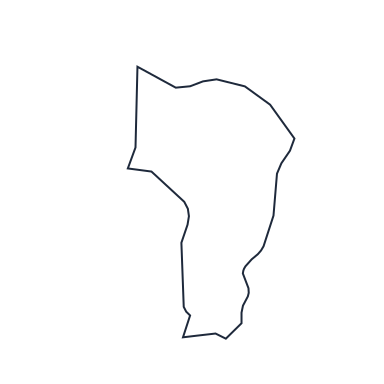 Camden, Albers equal-area conic projection, rotated 40°
{"feature_id": "GBR-2064", "entity_name": "Camden", "entity_type": "London Borough", "adm_level": 1, "iso_a3": "GBR", "parent_name": "United Kingdom", "parent_adm1": "", "projection": "albers", "projection_center": [-0.131, 51.535], "detail": "fine", "context": "isolated", "style": "outline", "palette": "slate", "viewbox_px": 384, "rotation_deg": 40, "n_neighbors": 0, "source": "natural_earth", "source_scale": "10m", "svg_char_len": 662}
<svg xmlns="http://www.w3.org/2000/svg" viewBox="0 0 384 384"><g transform="rotate(40 192 192)"><path d="M236.1,85.2L240.5,97.4L242.0,112.5L245.3,123.3L269.6,157.7L281.7,187.6L282.5,192.5L282.4,197.3L281.0,205.2L280.7,214.6L281.2,217.4L281.9,219.3L283.3,221.7L297.1,229.4L300.3,232.8L301.9,236.1L304.1,246.3L307.5,252.6L314.3,260.7L312.2,282.6L301.0,285.3L288.2,298.8L278.5,309.1L269.9,287.8L264.5,287.4L259.5,285.3L216.5,237.7L209.6,219.9L205.2,212.5L199.6,207.5L192.4,204.5L147.8,202.4L127.7,215.2L120.1,194.2L69.7,131.1L112.5,122.5L122.6,112.2L129.3,100.2L138.4,89.9L164.6,77.1L195.7,74.9L236.1,85.2Z" fill="none" stroke="#1e293b" stroke-width="2"/></g></svg>